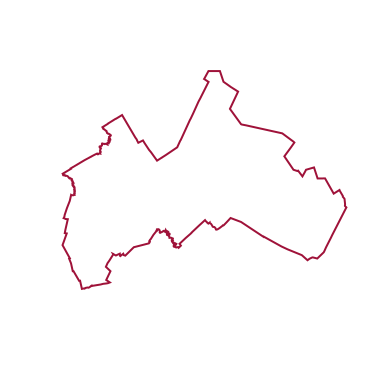 Gataia, Timis, Romania (Robinson projection), rotated 249°
{"feature_id": "2599482B24141184898976", "entity_name": "Gataia", "entity_type": "district", "adm_level": 2, "iso_a3": "ROU", "parent_name": "Romania", "parent_adm1": "Timis", "projection": "robinson", "projection_center": [21.418, 45.392], "detail": "fine", "context": "isolated", "style": "outline", "palette": "rose", "viewbox_px": 384, "rotation_deg": 249, "n_neighbors": 0, "source": "geoboundaries", "source_scale": "gbopen_adm2", "svg_char_len": 5877}
<svg xmlns="http://www.w3.org/2000/svg" viewBox="0 0 384 384"><g transform="rotate(249 192 192)"><path d="M122.3,330.6L123.8,329.9L124.3,329.8L125.4,330.4L126.3,330.7L130.8,331.9L131.2,331.9L133.5,331.1L134.2,331.4L140.1,330.4L141.0,330.4L139.7,323.7L157.0,321.1L159.6,314.1L171.2,314.7L171.9,306.4L170.5,304.9L167.0,300.7L173.9,298.7L173.8,297.9L176.4,294.7L192.2,291.0L197.7,299.6L201.5,305.3L202.6,304.8L214.4,297.3L229.4,274.6L234.7,266.6L237.2,262.6L237.7,262.1L256.0,257.2L269.2,271.0L276.1,265.9L283.6,260.9L294.9,261.4L299.0,250.7L293.8,244.6L293.2,243.8L288.8,246.9L288.5,246.5L277.5,234.4L277.1,234.0L274.0,230.4L264.9,221.2L260.9,217.0L260.1,216.0L246.1,201.7L244.4,199.9L244.1,199.4L239.3,194.5L239.0,194.2L235.9,180.9L233.8,170.6L243.8,168.0L246.7,167.0L249.0,166.5L254.4,165.3L257.7,164.7L257.2,159.5L259.7,159.2L260.9,159.2L263.2,158.6L288.9,154.3L287.6,147.2L287.7,146.9L286.0,138.1L285.8,137.9L284.6,131.6L283.7,131.7L283.4,132.0L283.0,131.8L282.7,131.8L282.4,132.0L282.3,132.3L282.0,132.4L281.4,132.9L280.2,133.4L280.0,133.8L279.8,134.0L278.9,133.9L278.5,134.0L277.9,133.8L277.4,133.9L277.2,134.2L276.4,134.6L276.3,135.1L275.3,135.8L274.6,136.4L273.9,136.5L273.7,136.3L273.6,135.7L273.2,135.3L273.3,134.6L273.2,134.3L272.3,134.1L271.9,133.6L271.7,133.5L271.3,133.8L271.2,134.3L271.1,134.6L270.6,134.6L270.0,134.5L269.6,133.7L269.8,133.5L270.3,133.0L270.4,132.9L270.2,132.4L269.7,132.3L269.2,132.5L269.1,132.8L269.1,133.2L269.0,133.4L268.4,133.2L267.9,132.3L267.5,131.9L267.8,131.7L268.1,131.1L268.2,130.9L268.0,130.4L266.6,130.1L267.0,129.7L267.4,129.5L267.6,129.1L267.9,128.7L268.0,128.2L268.0,127.7L268.6,127.1L268.6,126.8L268.8,126.2L269.4,125.8L269.5,125.6L269.5,125.4L268.9,125.0L268.6,125.1L267.7,124.6L267.4,123.7L267.5,123.4L267.5,123.2L266.9,122.8L266.9,122.6L267.1,122.4L267.5,122.0L267.4,121.9L266.7,121.8L265.4,122.6L265.2,122.4L265.2,122.0L265.1,121.9L264.7,121.9L264.0,121.2L263.2,121.0L262.5,121.2L262.4,121.1L262.6,120.7L262.1,120.6L261.7,120.8L261.6,120.7L261.6,120.3L261.5,120.1L261.3,120.0L260.8,120.0L261.3,119.3L261.2,118.8L260.9,118.2L260.9,117.6L261.3,117.2L261.5,117.2L261.7,117.3L261.9,117.2L261.7,114.8L261.4,112.1L260.2,103.0L257.5,87.2L257.0,87.3L255.4,77.8L254.6,77.9L254.0,77.7L253.7,77.8L253.6,78.0L253.7,78.5L253.2,78.9L253.3,79.2L252.9,79.2L252.4,79.6L252.4,80.2L251.4,81.5L251.0,81.7L249.8,82.0L249.0,82.3L249.0,82.8L248.5,82.9L248.6,83.2L247.9,83.8L247.2,84.5L246.8,84.4L246.6,83.9L246.4,83.8L246.2,83.9L245.9,84.2L245.5,83.9L245.3,84.0L245.2,84.4L244.5,84.5L244.2,84.3L243.7,84.4L243.9,84.1L243.9,83.9L243.3,83.7L242.6,83.7L242.4,83.7L242.3,83.3L242.0,83.4L241.5,83.1L241.2,83.1L241.0,82.9L240.7,83.0L240.9,83.4L240.7,83.7L240.1,83.5L240.0,83.3L239.8,83.2L239.5,83.4L239.4,83.8L239.1,83.9L238.9,83.5L238.7,83.5L238.4,83.6L238.6,83.9L238.3,84.0L238.1,83.9L238.0,83.5L237.4,83.7L236.7,83.3L236.6,83.0L236.3,82.7L236.1,82.8L235.7,83.2L235.3,82.9L234.9,83.0L234.4,82.8L234.4,82.7L234.8,82.5L234.4,82.2L233.7,82.2L233.3,81.8L233.1,82.1L232.8,82.1L232.4,81.7L232.1,81.5L231.9,81.2L231.4,81.3L231.5,79.9L231.7,79.6L231.9,79.0L232.1,78.8L232.3,78.3L232.6,78.1L227.5,74.7L221.8,69.5L216.2,64.9L214.8,64.1L213.6,62.8L213.1,63.4L212.1,64.3L211.1,66.3L202.0,60.2L199.2,58.5L198.2,60.2L188.8,52.1L173.8,54.2L173.8,53.4L168.8,53.5L160.8,52.3L160.6,53.0L149.5,54.8L149.3,55.7L141.0,54.5L140.5,57.6L140.4,57.6L140.6,58.3L140.3,60.1L140.2,60.4L139.7,61.2L139.9,62.5L140.6,64.6L140.6,64.9L140.1,64.9L140.0,65.8L138.4,73.5L138.1,76.2L137.3,79.3L137.0,80.8L137.0,82.9L140.6,80.4L147.3,87.5L153.0,84.8L155.8,87.6L157.6,90.3L161.5,95.5L161.9,96.2L162.6,96.1L162.3,96.4L161.8,96.6L160.0,98.2L160.1,99.2L160.3,102.5L158.4,102.0L158.3,102.5L158.0,102.5L159.0,105.7L157.5,105.7L156.5,106.9L161.3,117.9L159.5,133.3L159.9,134.0L160.5,134.1L160.5,134.7L160.7,134.9L161.6,134.7L161.8,134.8L162.1,135.4L162.5,135.8L162.8,136.6L165.8,140.6L168.1,144.5L168.5,144.7L168.7,144.9L168.5,145.5L169.6,145.9L169.5,146.1L169.2,146.6L169.5,146.8L169.5,147.0L169.0,147.3L168.8,147.8L168.2,148.0L166.4,147.9L166.0,147.4L165.8,147.4L165.6,147.4L165.3,147.6L165.5,150.1L165.9,151.4L165.5,151.7L165.5,152.0L164.3,152.7L164.3,153.0L164.5,153.2L165.6,153.4L165.9,153.7L165.7,153.7L165.1,154.2L164.5,154.1L164.3,154.2L164.2,154.4L164.3,154.8L164.1,155.0L163.7,155.1L163.7,154.5L163.4,153.9L163.2,153.7L162.9,153.7L162.6,153.9L162.5,154.2L162.8,155.5L162.2,155.4L162.0,154.6L162.3,154.4L162.3,154.2L161.4,154.0L161.3,153.8L161.4,153.4L160.9,153.3L160.5,153.6L160.2,154.1L160.3,154.5L160.4,154.8L161.1,155.4L161.1,155.9L161.0,156.1L160.8,156.1L160.2,155.7L160.0,154.9L159.8,154.8L158.6,154.6L157.9,154.8L157.5,154.6L157.3,154.5L157.1,154.8L157.2,155.5L156.6,156.3L155.9,156.6L155.8,157.2L155.5,157.5L155.3,157.5L154.6,156.8L154.2,156.8L154.6,156.2L154.5,155.9L154.4,155.8L153.4,155.6L153.0,156.3L152.9,156.3L152.7,155.9L152.4,155.7L151.7,156.2L151.1,156.0L150.8,156.1L150.5,156.4L150.5,157.3L150.6,157.6L150.0,158.0L149.2,158.8L149.1,158.7L149.2,158.4L149.1,158.1L148.5,157.9L148.4,157.2L148.9,156.5L148.9,156.0L148.7,155.8L148.3,155.8L147.7,155.4L147.2,155.7L147.1,155.9L147.2,156.4L146.8,156.7L146.6,157.0L146.2,157.0L145.9,157.3L145.7,158.0L145.7,158.7L145.5,159.4L144.7,159.6L145.9,162.4L148.1,161.8L151.3,169.6L153.6,175.9L154.2,177.2L154.3,177.2L158.2,186.7L161.1,194.1L159.6,194.5L158.8,195.0L157.9,195.2L157.6,195.5L156.8,195.8L156.6,196.0L157.1,197.5L156.8,197.4L155.7,198.2L154.9,198.5L153.2,198.8L152.2,198.9L151.8,199.3L151.3,200.3L151.2,200.4L149.7,201.0L148.4,200.9L148.1,201.3L148.0,202.0L148.0,202.5L148.4,204.6L149.5,208.3L149.8,208.8L149.5,209.2L149.6,209.7L151.3,213.4L153.9,218.7L146.4,227.1L124.5,242.7L124.7,242.9L109.1,256.0L104.3,260.6L93.7,271.9L86.9,275.4L87.4,277.2L87.6,278.1L87.8,280.8L87.7,281.3L86.0,283.7L85.0,285.1L88.5,293.4L89.5,294.5L92.3,297.3L99.5,305.3L101.5,307.4L122.3,330.6Z" fill="none" stroke="#9f1239" stroke-width="2"/></g></svg>